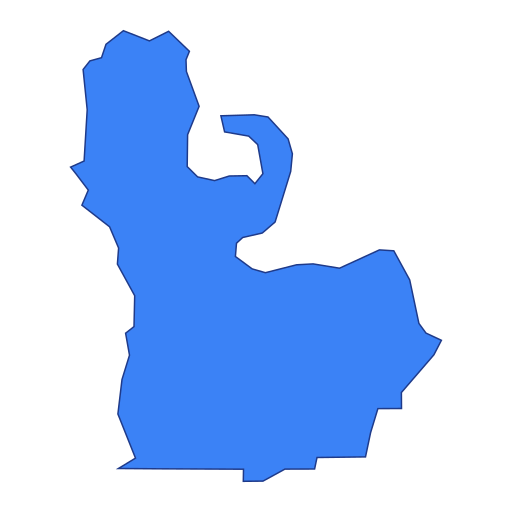 outline of Pointe Coupee, Louisiana, United States of America
{"feature_id": "52423323B80007668106022", "entity_name": "Pointe Coupee", "entity_type": "district", "adm_level": 2, "iso_a3": "USA", "parent_name": "United States of America", "parent_adm1": "Louisiana", "projection": "orthographic", "projection_center": [-91.606, 30.751], "detail": "fine", "context": "isolated", "style": "filled", "palette": "blue", "viewbox_px": 512, "rotation_deg": 0, "n_neighbors": 0, "source": "geoboundaries", "source_scale": "gbopen_adm2", "svg_char_len": 1014}
<svg xmlns="http://www.w3.org/2000/svg" viewBox="0 0 512 512"><path d="M118.4,468.5L158.4,468.8L243.5,469.2L243.3,481.3L263.0,481.1L284.9,469.1L314.6,469.0L317.0,457.5L365.5,456.9L370.6,432.6L377.9,408.6L401.5,408.5L401.4,392.5L433.9,354.8L441.4,340.3L426.0,333.1L418.9,323.4L409.7,279.9L393.8,250.8L379.4,249.9L339.5,268.2L313.1,263.9L296.5,264.8L265.4,272.7L252.2,268.9L235.4,256.5L236.5,243.2L242.7,237.5L262.3,233.0L275.1,222.0L290.7,171.4L292.4,153.8L288.1,138.9L268.0,117.0L254.3,114.8L220.9,115.8L224.6,131.9L248.7,136.1L257.7,144.6L262.9,173.7L254.9,183.7L246.9,175.7L229.3,176.0L214.6,180.6L197.6,176.9L187.2,166.6L187.6,134.7L199.1,106.3L186.4,71.5L186.0,59.7L189.4,51.3L168.6,31.3L149.4,40.9L123.4,30.7L106.0,44.3L101.5,57.7L89.9,60.9L83.1,69.5L87.2,109.8L84.1,161.0L70.6,167.1L76.2,174.1L88.3,190.1L81.9,205.2L109.6,226.8L118.6,248.0L117.4,264.1L134.7,295.7L134.0,326.6L125.6,333.2L129.5,355.2L122.0,379.5L117.9,414.0L135.5,458.1L118.4,468.5Z" fill="#3b82f6" stroke="#1e3a8a" stroke-width="1.5"/></svg>